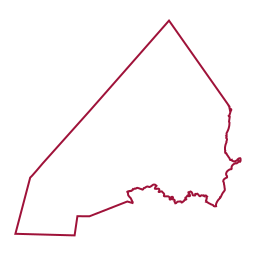 outline of Magarini, Coast, Kenya
{"feature_id": "3690345B44163293085628", "entity_name": "Magarini", "entity_type": "district", "adm_level": 2, "iso_a3": "KEN", "parent_name": "Kenya", "parent_adm1": "Coast", "projection": "orthographic", "projection_center": [39.973, -2.829], "detail": "fine", "context": "isolated", "style": "outline", "palette": "rose", "viewbox_px": 256, "rotation_deg": 0, "n_neighbors": 0, "source": "geoboundaries", "source_scale": "gbopen_adm2", "svg_char_len": 5850}
<svg xmlns="http://www.w3.org/2000/svg" viewBox="0 0 256 256"><path d="M132.5,203.0L132.7,202.5L132.6,201.9L132.1,201.2L131.9,200.5L131.6,200.2L131.3,199.3L130.4,197.7L129.7,197.2L128.8,196.0L128.5,195.7L128.2,195.1L127.9,192.9L127.3,191.9L127.3,191.7L127.7,191.5L128.0,191.7L128.3,191.7L128.7,191.2L129.3,191.0L129.7,191.2L129.9,191.0L130.7,191.0L130.9,190.8L131.3,190.9L131.5,190.9L131.9,190.4L132.4,189.9L132.8,189.3L133.1,189.6L133.3,189.5L134.0,188.9L134.4,188.7L135.0,188.5L135.4,188.7L135.9,188.6L136.5,188.1L137.0,187.9L137.5,187.9L138.2,188.1L138.7,188.2L140.5,188.9L141.4,189.1L142.3,189.6L142.5,189.6L142.8,189.5L143.0,189.3L143.2,189.2L143.8,188.1L144.2,187.9L144.8,187.9L145.1,187.7L146.2,186.9L146.6,186.7L147.1,186.6L147.6,186.5L149.3,187.0L149.7,187.0L151.2,186.2L151.5,185.9L151.9,185.7L152.4,185.2L153.2,184.7L153.5,184.6L154.1,184.6L154.7,184.6L155.3,184.8L156.5,185.8L156.4,186.0L156.1,186.1L155.7,186.4L155.6,186.6L155.5,187.2L155.0,188.0L154.9,188.4L155.1,188.8L155.9,188.8L156.4,188.9L157.7,188.7L158.5,188.7L158.8,188.8L159.0,188.9L159.2,189.2L159.3,189.7L159.3,190.5L158.8,191.6L158.7,191.8L158.9,192.0L159.2,192.0L159.5,192.0L159.7,191.8L160.5,191.6L161.0,191.4L161.6,191.4L162.0,191.5L162.6,192.3L163.7,193.3L164.1,193.9L164.2,194.3L164.1,194.7L163.9,195.5L163.9,195.9L164.0,196.1L164.4,196.3L165.0,196.3L167.2,196.3L168.3,196.4L168.6,196.6L169.2,197.0L169.7,197.6L169.8,197.8L169.8,198.0L169.6,198.6L169.6,198.9L169.7,199.3L169.9,199.5L170.5,199.5L171.0,199.2L171.0,197.5L171.1,197.3L171.3,197.0L172.0,196.8L172.4,196.9L172.6,196.9L172.9,197.3L173.0,197.5L172.9,198.1L172.4,198.8L172.4,199.1L172.5,199.3L173.8,199.5L174.4,199.9L174.5,200.0L174.7,200.3L174.7,200.6L174.4,201.2L174.5,201.5L174.7,202.0L175.2,202.6L175.2,203.1L175.3,203.3L175.7,203.2L176.1,203.1L176.4,202.8L176.8,202.3L177.2,202.0L177.8,201.6L178.2,201.6L178.9,201.6L180.1,201.4L180.7,201.4L180.9,201.5L181.0,201.6L181.4,202.4L181.6,202.5L181.8,202.5L182.6,202.1L183.1,201.5L183.9,201.0L184.2,200.6L184.4,200.2L184.5,200.0L184.9,199.9L185.5,199.8L186.0,199.5L186.2,199.4L186.3,199.2L186.1,199.0L185.7,198.9L185.5,198.6L185.3,198.4L185.3,198.0L185.4,197.7L185.6,197.6L186.2,197.2L186.7,196.6L187.3,195.8L187.7,195.3L187.9,195.3L188.1,195.3L188.2,195.5L188.2,195.9L188.2,196.1L188.5,196.2L188.9,196.1L189.4,196.2L189.8,196.1L190.0,195.8L190.0,195.6L189.7,194.4L189.5,194.0L188.8,193.4L188.5,193.0L188.4,192.8L188.4,192.4L188.5,192.2L189.0,192.3L189.3,192.2L190.0,191.8L190.2,191.6L190.5,191.5L191.3,191.9L191.8,192.5L192.3,193.4L192.7,195.1L192.8,195.2L193.0,195.3L194.3,195.5L194.9,195.4L195.1,195.4L195.2,195.2L195.4,194.9L195.2,194.1L195.3,194.0L195.4,193.9L196.2,194.0L197.0,193.8L197.3,193.7L197.5,193.8L198.1,194.5L198.8,195.2L199.4,196.0L199.5,196.1L200.2,196.2L200.4,196.1L200.8,195.6L201.2,195.4L201.4,195.3L202.4,195.5L203.4,195.3L203.8,195.4L204.2,195.6L204.3,195.7L204.2,196.2L204.4,196.3L205.1,195.7L205.5,195.5L205.8,195.5L206.1,195.6L207.1,196.6L206.9,196.8L206.7,197.1L206.7,197.3L206.5,197.6L206.7,197.8L206.7,198.4L206.7,198.6L206.4,199.2L206.4,199.7L206.0,200.5L206.5,201.2L206.1,201.8L206.6,202.0L206.9,202.0L209.0,203.3L209.9,203.7L211.1,204.4L211.5,204.5L212.2,204.8L212.8,205.0L213.0,205.1L213.3,205.5L213.8,206.1L214.6,206.3L214.8,206.4L216.1,206.2L216.0,205.6L216.0,204.5L216.3,203.4L217.0,201.9L217.4,201.2L218.5,199.6L219.1,199.1L219.7,198.3L220.0,198.1L220.0,197.6L220.3,197.7L220.9,196.7L222.1,194.1L222.8,192.9L223.2,192.3L223.8,191.7L224.0,191.3L224.7,190.4L224.7,190.2L224.8,189.5L224.8,188.8L224.6,188.1L224.5,187.1L224.3,185.4L224.0,184.3L223.9,183.0L223.7,182.3L223.3,181.5L223.2,181.2L223.3,181.0L223.5,180.0L224.2,179.1L225.3,178.3L226.4,177.7L226.8,177.6L227.0,177.4L227.1,177.2L227.1,176.9L227.0,176.5L227.0,176.1L226.3,175.1L226.2,174.7L226.1,174.2L226.1,173.7L226.2,173.3L226.4,172.7L226.8,171.8L227.0,171.5L227.6,170.9L228.6,170.1L229.6,169.5L230.7,169.2L231.2,169.2L231.4,169.1L231.5,169.0L231.5,168.5L231.7,168.2L231.5,167.4L231.7,166.6L232.0,165.9L232.3,165.4L232.8,164.9L233.3,164.4L234.2,163.8L235.4,163.4L235.8,163.3L236.4,163.3L236.7,163.3L236.9,163.1L237.3,162.9L237.9,162.5L238.6,161.5L238.9,161.2L239.1,161.1L239.3,161.2L239.6,161.5L239.8,161.8L240.0,161.8L240.1,161.6L240.5,161.0L240.6,160.3L240.6,159.6L240.5,159.2L240.5,158.6L240.4,158.4L240.2,158.2L239.9,158.2L239.7,158.4L239.2,158.4L238.7,158.5L238.3,158.8L238.2,158.9L238.1,159.3L237.8,159.3L237.5,159.5L237.2,160.0L236.9,160.3L235.8,161.0L235.4,161.1L235.2,161.3L234.1,161.3L233.7,161.4L233.3,161.2L232.8,161.0L232.6,160.9L232.3,160.8L232.1,160.7L231.8,159.8L231.6,159.9L231.2,160.0L230.9,160.0L230.3,160.0L230.1,159.8L230.0,159.7L229.6,158.5L229.3,158.0L228.4,156.8L228.0,156.1L227.1,154.9L226.6,153.8L226.5,153.7L226.2,153.2L225.7,153.3L225.5,153.1L225.2,152.7L225.1,151.3L225.3,150.7L225.0,149.9L225.0,149.5L225.0,147.4L225.5,144.8L226.2,142.9L226.4,142.5L226.5,142.2L226.4,141.8L226.4,141.5L226.6,141.1L227.0,139.4L226.9,138.9L226.6,138.2L226.3,138.1L226.2,137.9L226.4,137.1L226.6,137.0L226.7,136.7L226.6,136.2L226.2,135.8L226.5,135.5L226.7,135.0L226.7,134.8L226.5,133.9L226.5,133.7L226.7,132.9L227.5,131.4L227.6,131.0L227.9,130.5L228.2,129.7L228.6,128.6L229.1,126.5L229.3,125.4L229.5,122.6L229.2,122.1L229.0,121.8L229.7,117.0L229.7,116.7L229.3,116.5L229.2,116.5L229.1,116.3L229.2,116.0L228.8,116.1L228.7,115.9L229.1,115.6L229.4,115.1L229.6,114.5L229.8,114.0L229.9,113.8L229.9,113.6L230.2,112.8L230.5,111.6L231.3,109.9L231.2,109.3L231.1,109.2L230.7,109.1L230.2,108.6L229.8,108.4L229.8,108.8L229.7,109.0L229.6,108.5L229.6,108.1L229.4,107.8L229.4,106.9L229.3,106.7L229.1,106.5L229.0,106.3L228.6,105.6L228.8,105.6L228.1,104.6L169.0,20.6L133.9,60.6L89.3,111.3L42.7,163.4L36.5,170.7L32.2,175.6L30.3,177.5L30.1,177.8L29.9,178.7L15.4,233.8L74.6,235.4L77.4,216.2L89.4,216.3L127.3,201.5L132.5,203.0Z" fill="none" stroke="#9f1239" stroke-width="2"/></svg>